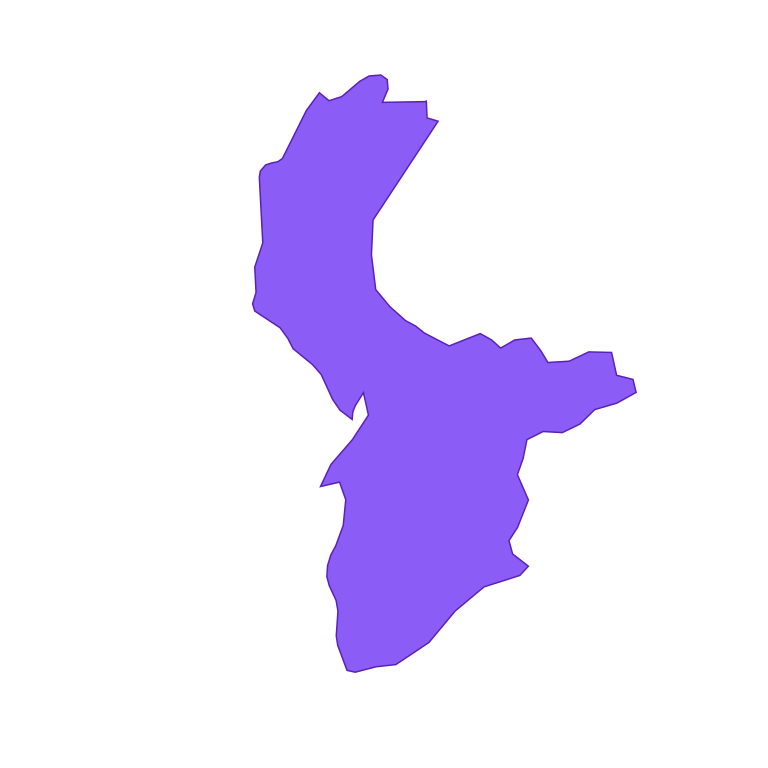 SVG path tracing the border of Dar-Es-Salaam, rotated 214°
{"feature_id": "TZA-3378", "entity_name": "Dar-Es-Salaam", "entity_type": "Region", "adm_level": 1, "iso_a3": "TZA", "parent_name": "United Republic of Tanzania", "parent_adm1": "", "projection": "orthographic", "projection_center": [39.274, -6.872], "detail": "fine", "context": "isolated", "style": "filled", "palette": "violet", "viewbox_px": 768, "rotation_deg": 214, "n_neighbors": 0, "source": "natural_earth", "source_scale": "10m", "svg_char_len": 1323}
<svg xmlns="http://www.w3.org/2000/svg" viewBox="0 0 768 768"><g transform="rotate(214 384 384)"><path d="M254.5,125.9L276.3,141.5L282.8,148.6L295.2,170.0L302.6,177.7L316.6,186.2L323.6,192.3L329.2,201.8L332.5,212.6L333.6,223.2L338.7,243.9L351.0,266.7L366.0,277.8L379.3,263.5L383.0,287.6L379.1,320.1L379.5,349.5L396.2,365.3L395.7,350.1L394.3,343.6L390.6,336.8L405.8,337.7L417.8,342.4L441.3,356.7L454.0,360.1L479.0,362.4L489.4,368.1L501.6,372.5L531.9,372.2L537.8,377.0L541.3,388.4L556.5,408.6L563.4,433.2L603.0,485.7L605.6,491.4L604.6,499.5L600.6,504.6L596.3,508.9L594.3,514.2L601.3,567.3L600.4,589.3L588.0,588.1L579.7,598.7L573.4,621.3L568.6,631.0L559.4,638.4L551.6,638.2L545.6,630.8L542.8,616.6L508.1,640.9L507.2,642.1L506.6,641.5L497.1,628.7L486.1,632.1L484.8,513.9L466.7,484.1L443.6,457.6L422.3,451.4L401.7,448.6L389.7,449.7L379.0,448.8L351.3,452.0L332.4,479.6L319.4,480.7L307.4,479.0L300.2,493.7L287.6,504.4L272.7,499.3L260.1,493.5L243.3,506.4L232.2,525.1L213.0,537.4L196.0,521.3L180.1,527.0L170.3,518.0L180.3,498.3L195.0,480.6L199.1,460.5L209.0,443.4L225.5,433.6L234.4,417.8L227.0,400.0L222.7,383.4L199.4,368.6L193.1,339.8L192.8,324.0L182.3,315.0L162.4,313.7L164.3,301.3L187.6,271.8L198.1,235.5L202.2,194.9L217.3,158.0L232.6,145.0L246.7,129.0L254.5,125.9Z" fill="#8b5cf6" stroke="#5b21b6" stroke-width="1.5"/></g></svg>